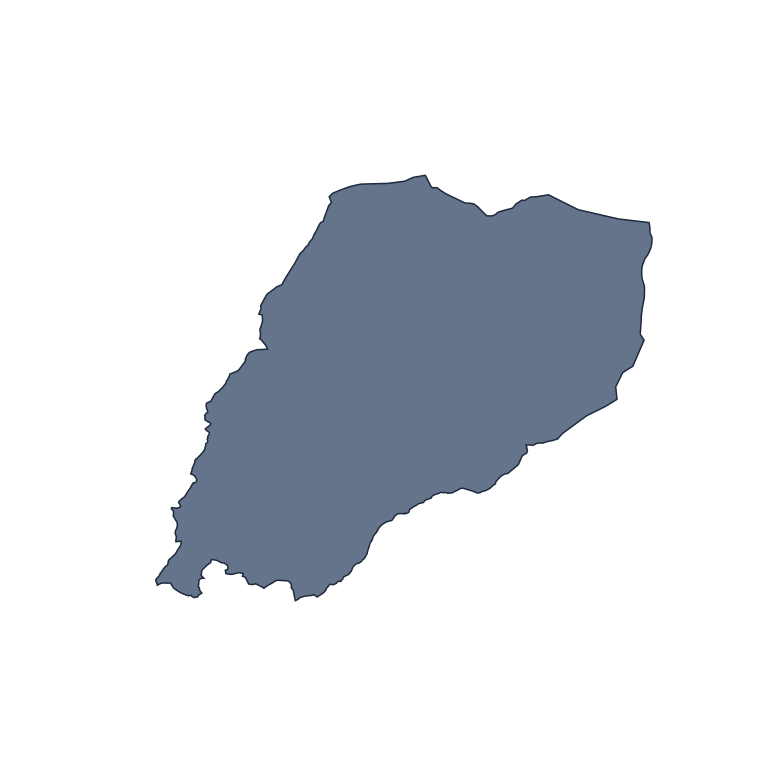 the district of Poiana Vadului, Alba, Romania, rotated 136°
{"feature_id": "2599482B80171026401494", "entity_name": "Poiana Vadului", "entity_type": "district", "adm_level": 2, "iso_a3": "ROU", "parent_name": "Romania", "parent_adm1": "Alba", "projection": "orthographic", "projection_center": [22.883, 46.405], "detail": "fine", "context": "isolated", "style": "filled", "palette": "slate", "viewbox_px": 768, "rotation_deg": 136, "n_neighbors": 0, "source": "geoboundaries", "source_scale": "gbopen_adm2", "svg_char_len": 6042}
<svg xmlns="http://www.w3.org/2000/svg" viewBox="0 0 768 768"><g transform="rotate(136 384 384)"><path d="M661.5,406.9L662.8,405.9L664.3,404.8L666.1,404.2L668.4,404.6L671.7,404.1L674.2,403.4L676.1,403.4L678.2,402.4L680.5,402.1L682.9,402.0L684.4,401.6L685.2,400.2L686.8,396.7L682.8,395.5L679.9,393.2L678.4,391.4L675.9,389.2L676.5,386.2L677.1,383.5L676.5,379.7L675.1,374.6L673.0,369.6L671.5,367.2L669.5,366.0L669.7,364.2L669.1,362.5L666.6,360.6L665.4,360.4L663.6,360.9L660.3,360.1L659.9,363.9L658.6,365.2L658.0,367.7L656.4,368.6L654.7,370.3L653.6,371.3L651.8,371.6L650.1,370.8L648.5,369.4L648.5,373.5L647.4,374.1L646.5,374.9L645.8,375.7L644.4,376.4L642.6,376.6L637.5,376.6L635.4,376.4L633.0,375.9L631.7,376.7L630.1,377.5L628.5,375.8L626.6,372.9L625.1,368.4L623.5,366.4L622.6,363.1L623.4,360.6L625.4,359.3L627.5,360.3L629.5,357.5L627.0,354.0L625.4,352.6L622.3,350.7L619.4,349.1L616.9,345.4L619.4,344.1L618.4,342.5L618.3,340.5L618.9,338.7L619.7,335.7L620.4,334.3L618.7,332.0L617.4,330.7L616.4,330.0L615.2,329.6L613.4,324.8L612.5,322.1L612.3,320.4L611.1,320.4L609.5,320.2L606.7,319.6L603.0,318.6L600.5,318.1L597.4,317.2L595.2,314.9L590.4,309.7L589.4,307.5L589.8,304.2L592.2,302.0L592.5,298.9L598.3,289.8L595.6,288.8L593.1,288.8L588.5,286.5L581.7,281.3L580.3,280.7L580.4,278.9L580.0,277.2L577.2,276.7L572.5,275.8L568.8,276.1L568.1,276.8L562.0,277.5L559.9,274.9L557.2,273.8L556.1,273.8L555.4,274.0L553.3,273.6L552.6,272.1L551.7,271.9L551.1,272.3L549.8,272.4L549.3,272.2L547.8,273.3L546.5,273.3L545.6,272.7L544.1,272.5L542.1,271.6L537.5,272.1L533.9,273.8L530.9,274.1L528.2,273.8L527.1,272.7L523.4,272.0L522.0,272.4L519.1,272.1L513.8,273.8L511.7,275.3L507.5,277.4L504.8,279.2L501.7,279.7L497.1,282.0L493.3,282.5L491.9,282.5L491.7,283.0L489.7,283.2L488.6,283.8L486.8,284.1L483.5,284.2L478.8,283.4L476.3,282.2L473.3,280.5L472.1,280.5L468.2,281.4L464.7,281.3L461.9,279.2L459.5,276.3L458.4,276.6L458.2,275.5L456.2,274.6L455.1,274.6L452.8,275.9L448.2,275.2L445.8,274.5L441.8,273.7L437.9,271.3L435.6,271.9L433.1,271.0L429.1,269.1L427.6,270.0L424.0,269.0L420.5,267.2L418.2,266.6L417.1,264.7L415.0,263.2L414.0,261.1L411.6,259.2L410.3,258.3L407.5,257.4L404.5,256.5L402.6,256.0L401.1,255.5L400.1,254.7L398.6,252.6L397.6,250.6L396.5,248.8L395.0,246.0L393.7,243.4L392.7,241.0L391.8,240.0L389.9,238.9L388.8,238.9L385.1,236.8L380.6,235.4L374.9,235.2L373.3,234.7L371.5,236.0L363.9,236.5L359.4,235.3L357.1,233.6L347.9,233.0L343.3,232.7L334.7,236.2L332.0,236.0L329.6,235.1L327.2,236.3L324.8,240.1L324.5,241.4L322.5,239.9L321.6,239.0L320.2,237.3L318.8,236.0L317.1,235.7L316.2,235.6L314.9,234.8L313.6,233.8L312.4,233.1L311.2,231.4L307.0,229.4L301.4,225.9L296.9,223.7L295.1,224.1L292.1,224.3L289.2,224.3L266.1,221.2L260.1,220.3L240.2,214.0L227.0,211.1L223.9,215.1L219.3,221.0L204.3,226.4L196.2,224.7L192.7,223.9L166.4,234.9L165.1,241.8L158.9,247.4L156.4,249.6L150.4,255.3L143.3,260.7L137.1,265.0L131.7,270.2L128.5,273.8L127.3,276.2L125.9,279.2L123.4,282.9L118.7,287.7L115.3,290.1L108.9,293.0L106.8,293.3L104.4,293.8L101.1,294.9L97.6,296.5L94.4,298.6L92.7,300.0L90.9,301.7L89.4,303.3L88.1,307.0L87.3,308.4L84.3,311.5L81.2,316.0L100.8,340.0L123.2,374.5L134.3,405.9L144.8,413.2L148.7,416.7L155.4,418.4L157.1,420.5L164.0,421.8L169.3,421.2L179.4,426.8L183.0,428.4L186.2,428.5L189.4,429.8L193.2,433.4L193.5,441.5L193.4,446.2L194.3,451.2L195.9,453.5L199.9,457.8L203.9,468.5L207.2,477.4L207.7,479.4L208.8,483.8L209.5,488.5L212.6,491.2L213.1,492.9L209.3,505.4L219.5,512.4L228.3,515.5L235.5,520.9L241.7,525.5L261.5,543.6L264.6,545.7L271.8,549.9L280.8,553.9L288.5,556.9L293.4,556.8L295.8,551.0L299.7,550.8L312.1,544.8L313.5,543.8L314.8,543.4L315.8,543.6L317.6,544.1L318.6,543.9L320.3,543.5L325.1,541.6L330.1,540.2L332.2,539.3L334.5,538.3L339.7,537.7L341.6,536.8L345.6,536.8L349.9,536.0L353.6,536.2L364.8,532.7L380.9,528.8L388.6,526.4L393.3,528.3L403.5,529.6L405.9,529.9L418.5,526.0L419.8,523.8L425.6,521.1L424.4,519.6L423.8,518.1L426.1,515.4L427.6,513.7L430.6,511.9L435.6,509.3L438.0,505.9L440.8,503.4L442.0,503.1L441.8,502.2L441.7,501.1L442.2,493.8L443.7,490.0L451.4,496.8L457.9,500.0L459.9,500.2L462.2,499.9L464.7,499.0L466.6,498.0L467.9,496.8L479.0,494.9L482.0,495.8L488.0,498.2L489.1,497.4L493.5,495.8L495.3,495.6L497.4,494.4L502.3,493.7L508.5,493.6L512.2,494.5L518.2,492.7L520.2,491.9L525.0,493.5L526.4,492.7L528.9,489.3L528.8,488.7L529.4,487.5L530.4,486.2L532.3,486.4L534.1,486.2L534.9,486.0L535.5,484.5L536.5,484.0L537.5,482.9L537.6,481.8L537.1,479.7L536.4,477.8L536.0,476.3L536.5,475.4L538.0,475.4L539.0,475.4L540.2,475.5L541.6,475.8L543.8,475.8L543.9,475.4L544.0,474.0L543.6,472.5L543.5,471.5L543.4,470.3L544.1,469.5L545.8,469.1L547.2,468.7L547.5,468.0L549.0,467.5L549.7,466.8L550.0,465.9L550.8,465.2L551.4,464.7L552.8,464.6L553.4,464.9L554.8,464.0L555.8,463.1L557.1,462.5L557.9,461.8L559.5,461.3L562.0,460.7L563.3,460.6L564.7,460.6L566.2,460.5L567.9,460.5L569.8,460.4L570.5,460.3L571.4,460.8L572.7,460.5L574.0,459.6L575.1,458.8L577.7,457.7L579.6,456.9L581.0,456.3L581.9,455.5L582.6,454.9L583.6,454.6L584.5,454.1L585.5,453.3L585.0,452.7L584.6,451.7L584.3,451.0L584.3,449.9L584.3,449.1L584.3,447.5L584.7,446.3L585.3,445.4L586.1,444.6L587.1,444.1L588.0,444.2L589.0,444.6L589.8,445.4L590.1,445.4L590.9,445.1L592.7,444.8L593.8,444.4L594.9,443.9L596.4,443.6L598.3,443.3L599.3,443.0L601.0,442.7L602.7,442.2L604.3,441.8L605.7,441.5L606.6,441.5L607.5,441.7L608.6,441.8L610.5,442.0L612.1,441.9L613.2,441.9L613.8,441.7L614.1,441.1L614.3,440.2L614.4,439.4L614.8,438.5L615.0,437.6L615.4,437.2L616.3,437.3L617.2,437.5L617.9,437.8L618.7,438.3L619.5,438.8L620.1,439.5L620.8,440.3L621.3,441.1L622.0,441.9L622.4,442.4L623.0,442.5L623.3,442.3L623.6,441.7L623.7,440.4L623.7,439.7L624.0,438.6L624.9,437.6L625.9,436.6L627.0,435.8L627.3,435.2L627.6,434.5L627.6,433.8L628.4,431.0L628.8,428.9L629.0,428.2L630.4,426.4L631.1,425.6L632.5,424.7L634.1,423.9L635.8,423.3L637.5,422.2L638.5,420.7L638.8,419.7L639.4,418.5L640.2,417.8L641.5,416.8L642.8,415.7L643.3,415.0L640.9,413.4L639.2,411.8L642.1,409.3L646.9,408.2L652.2,406.7L661.5,406.9Z" fill="#64748b" stroke="#1e293b" stroke-width="1.5"/></g></svg>